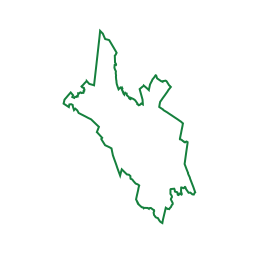 the district of Tilžas pag., Balvu, Latvia, rotated 252°
{"feature_id": "27541924B42747545330517", "entity_name": "Tilžas pag.", "entity_type": "district", "adm_level": 2, "iso_a3": "LVA", "parent_name": "Latvia", "parent_adm1": "Balvu", "projection": "equal_earth", "projection_center": [27.384, 56.906], "detail": "fine", "context": "isolated", "style": "outline", "palette": "green", "viewbox_px": 256, "rotation_deg": 252, "n_neighbors": 0, "source": "geoboundaries", "source_scale": "gbopen_adm2", "svg_char_len": 5297}
<svg xmlns="http://www.w3.org/2000/svg" viewBox="0 0 256 256"><g transform="rotate(252 128 128)"><path d="M153.8,181.4L155.1,180.8L155.9,180.3L160.3,179.2L160.7,179.0L161.4,178.4L161.9,174.8L161.9,174.7L161.7,174.7L162.3,174.0L166.2,171.0L169.2,171.0L169.6,170.6L169.5,170.4L169.4,170.2L168.6,169.3L167.9,168.3L166.7,166.5L166.7,166.4L165.3,165.1L165.2,165.1L164.9,164.7L164.3,164.1L163.8,163.6L162.6,162.4L158.3,159.9L158.2,159.7L157.7,159.5L159.9,158.3L163.5,156.1L163.2,155.9L163.1,155.6L163.0,155.1L162.7,154.3L162.6,154.0L161.4,151.1L150.5,150.6L146.9,149.7L146.7,149.7L145.8,149.4L146.7,148.6L147.2,148.2L146.3,146.3L146.3,145.8L146.8,145.3L146.6,145.1L147.9,144.2L148.3,144.5L148.5,144.5L152.1,143.4L153.8,142.2L155.8,140.0L154.6,139.3L154.6,139.2L155.7,138.4L156.0,138.3L156.4,138.6L157.1,138.4L157.8,138.1L158.1,137.7L159.0,137.4L159.5,137.0L160.0,137.0L161.2,137.4L161.5,137.0L161.5,136.9L161.3,136.7L162.0,136.2L162.3,136.1L161.9,135.6L161.3,134.8L161.1,134.7L161.8,134.4L163.3,134.3L164.1,134.2L164.3,134.5L165.7,134.1L166.2,134.0L167.2,134.9L167.9,134.8L167.8,134.7L167.4,134.0L168.9,133.6L168.9,133.4L168.8,133.2L167.7,131.0L168.1,131.0L168.3,131.1L169.1,130.9L172.9,130.9L173.3,130.9L173.5,130.9L173.8,131.0L175.2,131.2L176.1,131.5L176.6,131.6L177.1,131.6L178.1,131.8L178.6,131.9L179.3,132.1L180.4,132.3L181.7,132.9L182.6,133.0L182.9,133.1L183.4,133.2L183.7,133.2L184.0,133.3L184.3,133.4L184.7,133.6L185.2,133.8L185.5,133.9L185.7,134.0L186.6,133.9L187.0,133.8L187.7,133.7L189.5,133.7L192.1,134.8L192.1,135.1L191.9,135.4L191.9,135.5L191.9,135.9L191.7,136.1L191.8,136.2L192.0,136.2L192.3,136.3L192.6,136.3L192.8,136.3L193.0,136.3L193.1,136.2L194.2,135.9L200.9,137.8L201.6,139.1L202.1,139.4L202.1,139.5L203.0,140.4L204.7,140.1L215.0,137.8L216.2,137.5L217.3,137.3L217.7,136.9L219.2,134.5L219.6,133.8L221.2,133.6L225.6,133.2L226.5,132.7L229.0,131.5L224.2,129.4L195.1,116.2L179.1,108.9L179.7,108.1L181.9,104.8L185.5,103.2L185.3,103.1L184.2,100.9L183.8,100.2L182.8,98.5L181.9,96.6L181.6,96.7L180.6,97.2L180.0,98.3L179.9,98.4L179.0,98.3L178.6,98.3L178.2,98.5L177.1,98.0L176.9,97.9L177.1,97.3L177.0,97.2L176.0,96.9L175.4,96.7L175.2,96.5L175.5,95.5L175.6,94.6L176.5,94.0L176.4,93.4L176.5,93.2L176.1,92.4L176.4,91.3L175.4,91.2L174.7,90.6L174.3,89.5L173.9,89.1L173.5,89.4L173.5,88.4L174.0,87.4L173.8,86.9L173.2,86.2L174.1,85.2L174.7,84.6L176.1,85.9L179.5,84.5L177.3,80.8L176.1,78.9L174.6,76.4L171.1,74.3L166.2,78.2L168.5,79.5L168.2,81.3L167.0,82.5L165.3,82.2L161.7,82.2L162.7,83.8L161.8,84.4L160.4,85.2L157.5,85.7L152.0,91.2L149.6,93.5L148.6,94.6L147.6,95.6L141.2,99.0L138.1,100.7L133.7,97.1L132.8,97.6L132.1,97.9L126.6,100.4L125.8,99.2L124.7,99.4L122.3,100.0L118.7,100.9L116.2,103.6L115.5,104.3L115.0,104.8L113.7,106.0L110.4,105.6L107.5,105.3L107.0,105.2L106.9,105.2L102.5,105.3L99.9,105.4L96.2,105.5L94.1,105.5L90.5,105.6L85.2,105.8L87.1,107.0L89.6,108.6L90.6,109.3L84.2,112.6L83.3,114.4L81.6,115.4L79.3,114.8L78.9,114.8L77.8,116.1L77.6,116.2L75.8,116.8L72.8,118.1L72.4,118.6L71.4,119.8L69.9,120.9L68.9,120.2L66.9,119.0L66.6,118.9L64.7,117.8L63.9,117.3L63.2,116.9L61.4,115.8L57.6,113.6L53.6,114.3L53.9,114.0L52.7,114.1L50.1,115.6L48.4,116.6L48.0,117.6L46.8,118.1L47.1,118.6L45.9,121.9L44.7,122.9L45.2,123.3L45.0,124.5L44.9,125.0L42.5,126.7L42.1,127.2L41.9,127.1L41.0,127.3L39.6,126.2L36.5,125.8L36.5,125.7L36.2,126.2L35.9,126.4L35.0,126.6L34.8,126.7L34.4,126.9L32.9,128.7L31.5,128.9L29.8,129.4L28.8,129.8L27.8,130.6L27.0,131.3L29.8,132.8L40.5,139.3L39.0,140.4L38.9,140.5L39.0,140.7L38.1,142.1L38.9,143.1L39.1,143.4L39.7,144.6L41.0,145.6L41.4,146.3L41.6,146.8L42.4,147.2L42.7,147.3L43.0,147.3L46.8,146.7L47.1,146.8L47.4,147.0L47.7,147.3L48.6,148.3L48.8,148.5L49.5,148.6L50.1,148.6L50.5,148.5L50.9,148.4L51.9,148.1L52.2,148.0L54.9,148.9L55.9,149.2L56.4,149.4L56.6,149.6L56.7,149.8L56.1,152.7L56.0,153.1L55.8,153.1L55.5,153.3L55.3,153.3L55.1,153.3L53.4,153.1L53.1,153.0L52.7,153.3L52.6,153.6L52.2,154.3L52.1,154.5L51.8,154.8L51.6,155.0L51.4,155.0L51.2,155.0L50.1,154.8L49.2,154.7L48.7,155.1L48.6,155.3L48.7,155.6L48.8,155.7L49.5,156.4L49.7,156.6L49.8,156.7L49.8,156.8L49.7,157.0L48.1,158.3L48.2,158.5L48.3,158.6L48.5,158.7L48.8,158.8L49.0,158.8L49.5,158.8L50.0,158.8L50.1,158.7L51.4,158.9L51.5,158.9L54.7,160.1L55.0,160.2L55.0,160.3L54.8,160.7L53.6,162.2L53.5,162.4L53.6,162.7L54.4,163.8L54.4,164.0L54.1,164.2L53.7,164.3L52.1,164.3L47.7,165.6L47.3,167.3L47.1,167.4L46.3,167.9L46.3,168.0L45.0,168.7L44.4,170.0L45.0,170.6L46.2,171.9L46.2,172.0L51.6,171.9L60.6,171.4L62.0,171.5L65.0,171.1L65.6,171.1L66.2,171.0L66.9,171.3L67.1,171.2L70.0,171.0L74.2,170.8L76.1,170.7L76.3,170.7L76.9,171.0L77.9,171.5L88.2,176.5L89.4,177.1L95.5,180.1L96.1,180.3L96.3,180.1L97.0,179.6L97.1,179.4L97.0,179.0L97.0,178.5L96.7,178.1L96.7,177.9L97.0,177.3L97.4,177.0L98.0,176.9L98.3,176.7L98.5,176.3L98.6,176.2L98.9,176.0L99.5,175.7L99.9,175.5L100.2,175.2L100.6,174.8L100.8,174.7L101.2,173.9L101.5,173.9L106.1,176.5L106.6,176.8L109.0,178.1L113.0,180.4L114.8,181.3L115.0,181.5L115.4,181.7L116.0,181.3L116.7,180.9L117.9,180.2L118.7,179.5L119.4,179.0L121.0,177.8L123.5,175.8L125.8,174.0L129.8,170.8L130.3,170.5L134.1,167.2L134.7,167.1L137.3,165.0L138.4,164.2L141.3,165.7L143.1,166.8L143.6,167.6L145.7,170.3L147.7,173.1L149.5,175.5L150.3,176.6L151.6,178.1L153.8,181.4Z" fill="none" stroke="#15803d" stroke-width="2"/></g></svg>